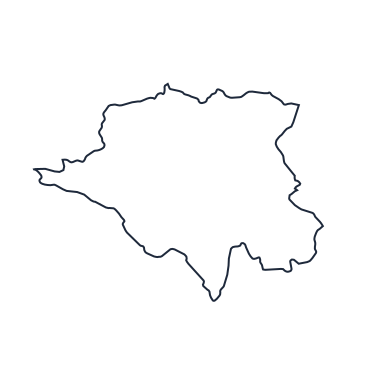 SVG path tracing the border of Phitsanulok, rotated 245°
{"feature_id": "THA-396", "entity_name": "Phitsanulok", "entity_type": "Province", "adm_level": 1, "iso_a3": "THA", "parent_name": "Thailand", "parent_adm1": "", "projection": "orthographic", "projection_center": [100.549, 17.027], "detail": "fine", "context": "isolated", "style": "outline", "palette": "slate", "viewbox_px": 384, "rotation_deg": 245, "n_neighbors": 0, "source": "natural_earth", "source_scale": "10m", "svg_char_len": 5409}
<svg xmlns="http://www.w3.org/2000/svg" viewBox="0 0 384 384"><g transform="rotate(245 192 192)"><path d="M279.3,58.4L278.9,59.9L275.0,68.8L268.7,76.2L266.2,80.4L266.2,84.7L269.2,87.0L275.9,88.3L275.1,90.4L274.4,91.6L274.0,92.1L273.5,92.6L273.0,93.0L271.3,93.9L270.3,94.7L269.9,95.2L269.7,95.8L269.5,96.7L269.4,99.9L269.2,101.0L268.9,101.8L266.3,104.6L265.9,105.1L265.6,105.7L265.7,106.6L266.1,107.6L267.2,109.1L268.0,109.8L268.6,110.7L269.2,112.0L270.5,120.1L270.5,121.3L269.6,123.9L269.3,125.5L269.2,127.2L269.3,128.9L269.5,130.0L270.0,131.3L271.4,132.5L272.4,132.8L273.2,132.8L273.9,132.5L275.2,132.2L275.9,132.2L276.6,132.3L277.9,132.9L278.6,133.1L279.3,133.2L280.1,133.1L283.2,132.7L284.0,132.7L284.8,132.8L285.4,133.1L286.0,133.4L286.6,134.2L288.4,137.3L289.3,138.0L290.2,138.4L290.9,138.5L291.5,138.8L292.0,139.2L292.4,139.7L293.9,142.6L294.2,143.2L294.7,143.6L295.4,143.9L296.1,144.1L296.9,144.2L298.6,144.2L299.4,144.3L300.0,144.5L300.6,144.9L301.1,145.5L301.6,146.3L302.5,148.2L304.9,152.3L305.2,152.8L305.2,153.7L305.2,154.9L304.1,158.4L303.7,159.3L301.7,161.9L301.0,163.0L300.3,165.0L298.6,175.7L296.9,181.3L296.0,183.1L295.8,184.5L295.6,190.8L295.3,192.7L295.0,194.0L293.7,196.3L293.3,196.7L292.8,197.0L292.5,197.3L292.4,197.4L292.5,197.9L292.9,198.8L294.1,200.4L294.8,201.7L295.2,202.9L295.0,204.8L294.6,205.7L294.0,206.4L293.4,206.7L293.0,207.2L293.1,207.9L293.7,208.8L295.8,210.2L298.0,211.2L298.7,211.4L299.8,212.5L300.2,215.7L295.7,215.5L295.0,215.6L294.4,215.9L288.9,223.1L287.4,224.7L286.2,225.7L284.2,226.3L283.4,227.0L281.0,229.8L279.4,231.2L279.0,231.4L278.7,231.7L274.7,236.0L273.5,236.6L272.6,236.8L272.0,236.6L271.3,236.5L270.5,236.7L269.6,237.0L268.8,237.8L268.3,238.9L267.9,241.3L268.0,242.5L268.3,243.4L269.6,244.7L270.0,245.2L270.3,245.7L270.5,246.4L270.5,247.4L270.5,248.1L270.7,248.7L271.1,249.3L271.4,249.9L271.7,250.4L272.0,251.1L272.1,251.8L271.8,254.1L271.9,254.8L272.1,255.5L272.5,256.0L273.8,257.5L274.1,258.0L274.1,258.7L273.6,259.6L270.6,262.2L269.4,262.7L268.6,262.8L266.9,262.9L265.4,263.2L264.3,263.8L261.5,266.4L260.9,267.3L260.3,268.6L257.7,275.4L257.4,276.8L257.5,277.7L257.9,279.8L258.6,282.6L258.8,284.2L258.8,285.0L258.8,285.8L258.6,286.5L257.5,289.1L251.3,298.7L250.1,301.2L249.4,302.8L249.6,303.5L249.4,304.2L248.8,304.7L246.3,305.2L244.8,305.9L239.5,309.8L236.4,311.5L232.7,312.3L232.1,312.9L231.6,313.9L231.3,316.1L230.3,319.4L225.6,325.6L212.4,313.3L209.3,309.7L209.2,304.6L208.2,302.0L206.1,297.8L205.7,296.6L205.6,295.7L204.7,293.4L203.1,290.4L201.5,289.0L200.1,288.2L199.0,288.1L197.3,288.0L194.3,288.4L190.7,289.4L187.5,289.8L186.7,289.9L185.7,289.8L181.2,288.4L179.6,288.1L178.9,288.1L167.6,290.9L163.3,292.0L162.4,291.4L160.6,290.7L158.9,290.5L157.4,292.4L155.6,293.3L153.8,293.6L153.0,292.7L152.8,289.1L152.4,287.8L151.6,286.7L150.9,287.2L149.2,288.0L149.2,285.5L148.1,281.4L147.8,279.1L145.2,277.4L144.5,277.2L143.9,277.2L136.6,279.7L132.2,282.3L130.0,283.8L122.2,292.3L121.8,292.6L121.4,292.8L120.8,293.0L120.0,293.2L117.5,293.2L116.8,293.4L110.8,295.4L109.8,295.6L109.1,295.8L105.8,296.2L104.6,292.1L104.3,290.0L103.7,288.8L102.5,287.3L99.8,284.5L98.3,283.4L97.1,282.8L94.1,282.3L93.3,282.0L92.1,281.4L90.5,280.3L89.3,279.7L88.7,279.4L88.0,279.3L86.5,279.4L85.7,279.4L85.0,279.1L84.3,278.5L81.3,273.3L80.2,270.9L79.7,269.5L79.8,266.8L81.9,258.4L87.4,255.8L88.0,255.0L88.6,253.8L88.4,253.0L88.2,252.3L87.8,251.8L87.2,251.5L80.5,249.8L79.7,249.4L78.9,248.4L78.8,247.4L79.0,245.9L79.3,245.0L79.7,244.3L80.6,243.4L81.7,242.7L83.6,242.0L84.7,240.1L90.5,225.5L91.7,223.7L92.4,223.7L96.0,224.5L96.8,224.5L98.9,224.2L99.6,224.2L100.0,224.3L101.6,225.1L102.4,225.3L103.1,225.4L104.1,225.4L104.5,224.9L104.6,224.2L104.7,222.0L105.1,220.1L105.6,219.3L106.2,218.7L109.0,217.9L112.1,217.5L118.9,217.6L120.4,217.8L121.4,217.9L122.3,217.8L123.9,216.9L124.4,216.0L124.6,215.2L124.3,214.6L124.0,214.1L123.1,213.1L123.1,212.1L123.3,210.6L124.3,208.0L124.8,205.9L124.7,205.2L124.3,203.9L124.0,203.3L123.5,202.9L116.1,197.3L109.8,194.0L102.1,189.0L93.6,181.4L93.1,180.9L92.8,180.4L91.5,177.2L90.8,176.1L89.7,175.4L89.0,175.2L87.8,174.5L87.3,174.2L86.9,173.7L86.5,173.2L84.7,169.4L84.0,166.8L84.1,165.9L84.5,165.3L85.1,165.0L88.2,164.6L90.7,164.7L91.5,164.9L92.2,165.1L92.9,165.3L94.3,165.7L95.1,165.6L95.7,165.5L96.9,164.7L102.0,162.5L103.5,162.8L104.0,163.5L104.7,164.2L105.9,165.0L106.8,165.1L128.5,158.4L131.1,157.9L132.7,157.9L133.3,158.6L134.1,159.1L135.9,159.6L137.6,159.1L138.7,158.7L147.3,152.0L147.7,151.5L148.5,150.5L148.8,149.9L149.0,149.2L149.2,148.4L149.2,148.2L146.6,137.7L146.6,137.0L146.6,136.2L147.4,134.2L147.5,133.5L148.3,132.1L149.6,130.4L155.4,125.4L156.8,124.5L157.5,124.3L159.1,124.2L159.8,124.3L161.3,124.8L162.0,125.0L163.3,124.8L164.0,124.1L165.0,122.8L165.8,122.3L182.5,116.0L183.9,115.7L185.5,115.5L191.2,115.5L192.0,115.6L192.5,115.9L192.9,116.4L193.3,116.9L193.8,118.0L194.1,118.4L194.6,118.5L195.5,118.5L199.0,117.4L203.3,116.7L207.4,115.5L209.2,114.8L210.3,114.1L212.3,110.6L212.8,109.4L214.4,107.4L224.1,100.1L224.6,99.2L225.4,98.4L227.2,97.0L235.2,93.2L240.5,87.9L246.0,78.8L249.0,76.2L255.3,71.7L256.6,70.6L257.2,69.3L258.0,66.6L259.3,64.2L260.9,61.8L262.6,59.9L263.6,59.1L264.4,58.6L265.1,58.4L265.9,58.4L266.6,58.5L267.2,58.8L267.6,59.3L268.3,61.2L268.7,61.7L269.3,62.0L270.0,62.2L270.8,62.3L273.4,61.7L275.9,60.9L277.1,60.3L278.0,59.8L278.9,58.9L279.2,58.4L279.3,58.4Z" fill="none" stroke="#1e293b" stroke-width="2"/></g></svg>